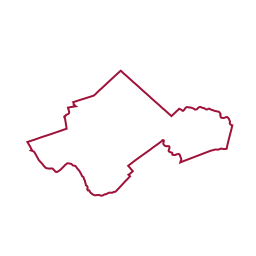 Galateni, Teleorman, Romania, rotated 342°
{"feature_id": "2599482B36470175695106", "entity_name": "Galateni", "entity_type": "district", "adm_level": 2, "iso_a3": "ROU", "parent_name": "Romania", "parent_adm1": "Teleorman", "projection": "natural_earth1", "projection_center": [25.383, 44.233], "detail": "fine", "context": "isolated", "style": "outline", "palette": "rose", "viewbox_px": 256, "rotation_deg": 342, "n_neighbors": 0, "source": "geoboundaries", "source_scale": "gbopen_adm2", "svg_char_len": 5571}
<svg xmlns="http://www.w3.org/2000/svg" viewBox="0 0 256 256"><g transform="rotate(342 128 128)"><path d="M86.7,184.2L88.1,184.0L89.1,183.7L90.1,183.7L90.9,183.9L91.8,184.3L92.7,184.6L93.4,184.7L93.9,184.6L94.8,184.4L95.3,184.5L95.8,184.7L96.1,184.7L96.4,184.7L100.6,182.5L109.7,177.4L110.4,177.1L115.0,174.6L114.0,172.6L115.0,172.4L119.2,170.6L118.5,168.8L116.5,164.0L124.3,161.2L129.2,159.6L138.1,156.8L142.0,155.6L145.0,154.5L145.3,154.4L147.5,153.7L148.8,153.3L153.8,151.7L157.0,150.5L157.5,150.5L157.5,150.4L158.0,150.6L158.2,151.0L158.1,151.4L158.0,151.7L157.4,152.5L156.8,153.6L156.7,153.8L156.8,154.4L156.9,155.0L157.1,155.5L157.7,156.3L158.2,156.8L158.6,157.1L159.0,157.3L159.5,157.3L160.7,157.7L161.2,158.0L161.4,158.1L161.5,158.3L161.6,158.5L161.5,158.9L161.3,159.7L161.1,160.1L160.7,160.6L160.4,161.1L160.1,161.4L159.7,161.9L159.6,162.2L159.6,162.4L159.6,162.8L159.7,163.0L160.1,163.5L162.1,165.0L162.3,165.2L162.3,165.5L162.3,165.9L162.0,166.6L162.0,166.8L162.0,167.1L162.5,167.5L163.3,167.8L163.8,168.1L165.0,168.2L166.2,168.1L166.5,168.1L166.8,168.2L168.0,168.3L168.3,168.4L168.7,168.9L168.8,169.1L168.9,169.7L168.9,170.4L168.9,170.8L168.9,171.3L169.0,172.2L169.1,173.2L169.0,174.2L169.0,174.4L168.9,174.6L168.5,175.1L167.9,175.7L167.6,176.2L167.1,176.9L171.5,176.6L183.5,176.0L198.8,175.2L200.7,175.2L202.6,175.4L203.6,175.3L204.8,175.6L206.7,176.3L207.5,176.5L210.2,176.3L211.4,177.0L212.9,177.8L213.6,177.8L214.0,177.9L214.4,178.1L215.1,178.2L215.4,178.2L215.5,178.1L217.1,175.2L221.0,168.9L226.3,160.6L228.0,157.7L227.5,157.4L226.9,156.7L226.6,156.4L226.4,156.0L226.3,155.7L226.2,155.3L226.2,155.1L226.3,154.7L226.9,153.7L227.0,153.4L226.9,152.4L226.8,150.8L226.6,149.9L226.4,149.3L225.9,148.6L225.6,148.3L225.4,148.1L225.1,148.0L224.3,148.0L223.3,148.1L221.9,148.0L221.5,147.8L220.7,147.5L219.7,146.8L219.6,146.5L219.5,146.3L219.6,145.9L219.8,145.3L219.7,144.9L219.6,144.6L219.6,144.4L219.7,144.1L219.8,144.0L220.0,143.9L220.2,143.7L220.3,143.3L220.3,142.7L219.6,141.0L219.4,140.7L219.1,140.4L218.3,140.0L217.8,139.7L217.2,139.3L216.7,139.1L216.1,138.8L213.8,137.0L212.8,136.3L212.4,136.0L212.1,135.7L211.8,135.2L211.3,134.8L211.0,134.6L210.5,134.6L209.1,134.8L208.5,134.7L208.1,134.5L207.5,133.9L207.0,133.1L206.6,132.7L206.1,132.4L205.7,132.2L204.9,131.8L204.8,131.7L204.5,131.3L204.2,131.0L203.7,130.7L203.4,130.4L203.2,130.3L202.7,130.2L202.4,130.2L201.9,130.2L201.6,130.3L201.0,130.5L200.2,131.0L199.8,131.2L199.1,131.4L198.2,131.4L197.3,131.1L197.2,131.0L197.0,130.5L196.4,129.8L196.0,129.5L194.7,128.4L194.0,128.0L193.8,127.8L193.2,127.7L191.0,126.5L190.6,126.3L189.9,126.3L189.4,126.5L188.8,126.8L188.4,127.0L187.2,128.0L186.5,128.3L186.2,128.5L185.5,128.7L185.3,128.5L185.0,128.2L184.4,127.3L184.2,127.0L184.0,126.7L183.7,126.5L183.1,126.0L183.0,125.8L182.9,125.7L182.5,125.5L181.5,126.1L179.8,126.9L173.0,130.1L169.5,124.1L168.0,121.4L167.9,121.3L167.7,121.2L165.8,117.8L165.2,116.7L164.5,115.5L162.6,112.3L161.1,109.8L158.7,105.7L158.6,105.4L157.1,102.8L155.9,100.7L155.2,99.6L153.9,97.4L153.4,96.6L153.2,96.2L153.0,95.9L152.3,94.5L151.6,93.5L151.2,92.6L150.8,91.9L149.8,90.2L148.4,87.8L148.0,87.2L147.1,85.7L144.9,81.8L144.0,80.3L143.5,79.4L142.8,78.2L141.7,76.3L141.2,75.6L139.9,73.3L139.8,73.0L139.8,72.9L138.8,71.3L135.5,72.7L125.9,77.1L116.8,81.4L114.3,82.5L112.6,83.2L107.2,85.9L105.5,86.6L99.4,86.6L91.2,86.5L87.6,86.5L84.7,86.5L83.9,86.5L84.0,86.8L83.9,87.8L83.8,88.2L83.7,88.5L83.5,89.2L83.5,89.3L83.7,89.8L83.9,89.8L83.8,90.0L84.2,90.3L84.6,90.7L85.0,91.2L80.9,90.6L79.5,90.3L77.5,90.2L77.2,90.1L77.1,90.9L77.2,91.7L77.2,92.1L77.1,92.5L77.0,92.9L77.0,93.3L77.1,94.0L77.1,94.3L77.0,94.7L76.7,95.2L76.4,95.6L76.3,95.8L75.8,96.1L75.4,96.2L74.8,96.3L74.1,96.3L73.6,96.4L73.4,96.4L73.0,96.5L72.4,96.9L72.3,97.1L72.1,97.0L71.1,97.3L71.0,97.5L70.7,97.9L70.7,98.0L71.2,98.2L70.4,103.7L69.4,109.7L51.9,110.0L44.7,110.0L43.4,110.0L35.8,110.2L28.0,110.2L29.2,115.6L29.6,118.1L29.8,119.3L29.0,119.2L28.7,119.3L30.8,120.9L31.1,121.3L31.5,122.1L31.8,123.4L32.5,126.9L33.2,130.6L33.4,131.4L34.6,133.9L35.3,135.3L35.5,135.8L35.7,136.4L36.0,137.4L36.5,138.7L36.8,139.1L37.1,139.9L37.7,140.7L37.8,140.9L38.0,141.0L38.6,141.3L40.5,142.3L40.9,142.3L41.1,142.5L41.8,142.6L42.7,142.8L43.2,143.0L43.7,143.3L43.9,143.6L44.1,144.0L44.3,144.5L45.1,146.1L45.6,147.2L45.8,147.4L46.2,147.7L46.6,147.8L47.2,147.8L48.3,147.6L48.8,147.5L49.8,147.2L51.8,146.4L53.7,145.4L55.9,144.3L57.0,143.6L57.4,143.6L57.6,143.5L58.8,143.0L59.1,142.9L59.7,142.9L60.0,143.0L62.3,144.2L62.8,144.5L63.2,145.0L64.0,146.5L64.3,146.8L65.0,147.1L66.0,147.7L66.1,147.8L66.4,148.1L66.9,149.7L67.3,151.0L67.8,152.1L68.0,152.4L68.4,153.7L68.6,154.2L68.7,154.7L68.8,155.3L69.0,155.9L69.0,156.3L69.2,157.1L69.3,157.8L69.4,159.3L69.5,159.6L69.6,159.9L69.8,160.1L70.1,160.4L70.3,160.6L70.4,160.9L70.5,161.2L70.5,161.8L70.4,162.2L70.4,162.7L70.4,163.1L70.6,163.8L70.6,164.2L70.7,164.5L70.7,165.0L70.5,166.2L70.5,167.4L70.5,167.8L70.5,168.3L70.4,168.7L70.3,169.1L70.4,169.6L70.6,169.9L70.6,170.0L71.0,170.3L71.1,170.5L71.3,171.1L71.3,171.5L71.2,172.1L70.9,172.8L70.8,173.2L70.4,173.4L70.3,173.7L70.4,174.2L70.6,174.9L70.8,174.9L70.9,175.1L71.3,175.1L71.6,175.2L71.8,175.3L72.0,175.8L72.0,176.3L72.1,176.9L72.1,177.2L72.4,177.8L72.6,178.4L72.8,178.6L73.1,178.9L73.2,179.2L73.4,179.5L73.5,179.7L73.8,180.1L74.2,180.5L74.6,181.0L75.3,181.5L76.4,182.0L77.6,182.2L79.2,182.5L80.5,183.2L80.7,183.5L81.1,183.8L81.7,184.1L82.1,184.3L82.5,184.4L82.8,184.3L83.1,184.3L83.6,184.2L85.1,183.9L85.5,183.9L85.8,184.1L86.1,184.2L86.4,184.1L86.7,184.2Z" fill="none" stroke="#9f1239" stroke-width="2"/></g></svg>